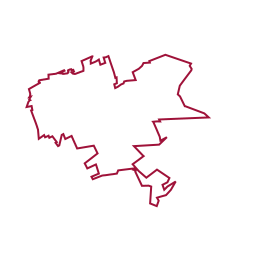 the district of San Pedro, Coahuila, Mexico, rotated 64°
{"feature_id": "50627088B25714720769629", "entity_name": "San Pedro", "entity_type": "district", "adm_level": 2, "iso_a3": "MEX", "parent_name": "Mexico", "parent_adm1": "Coahuila", "projection": "equal_earth", "projection_center": [-102.858, 26.125], "detail": "fine", "context": "isolated", "style": "outline", "palette": "rose", "viewbox_px": 256, "rotation_deg": 64, "n_neighbors": 0, "source": "geoboundaries", "source_scale": "gbopen_adm2", "svg_char_len": 4440}
<svg xmlns="http://www.w3.org/2000/svg" viewBox="0 0 256 256"><g transform="rotate(64 128 128)"><path d="M87.5,209.3L90.0,209.6L98.6,212.9L97.6,206.5L100.0,206.6L100.1,204.8L100.1,204.7L100.1,202.8L102.3,203.0L102.3,199.6L105.5,199.0L109.5,198.2L109.6,199.6L110.4,199.4L113.6,198.8L113.5,197.4L105.2,190.6L105.1,188.8L110.4,189.2L110.4,182.2L110.5,182.2L110.8,182.2L111.0,182.2L111.3,182.2L111.4,182.3L111.6,182.3L111.9,182.3L112.0,182.3L112.3,182.3L112.6,182.3L112.9,182.3L113.0,182.3L113.3,182.3L113.5,182.3L113.8,182.3L114.1,182.3L114.4,182.4L114.5,182.4L114.8,182.4L115.0,182.4L115.3,182.4L115.6,182.4L115.8,182.4L116.0,182.4L116.3,182.4L116.6,182.4L116.9,182.4L117.0,182.4L117.2,182.5L117.3,182.5L117.5,182.5L117.8,182.5L118.0,182.5L118.3,182.5L118.5,182.5L118.8,182.5L119.1,182.5L119.4,182.5L119.5,182.5L119.8,182.5L120.0,182.5L120.3,182.6L120.6,182.6L120.9,182.6L121.0,182.6L121.3,182.6L121.6,182.6L121.9,182.6L122.0,182.6L122.3,182.6L122.5,182.6L122.8,182.6L123.1,182.7L123.4,182.7L123.5,182.7L123.8,182.7L124.1,182.7L127.4,171.5L128.9,166.5L137.5,166.5L140.8,182.4L144.2,182.3L146.5,182.3L146.7,172.8L148.3,173.0L156.2,174.2L156.0,178.1L156.0,178.4L155.8,182.2L158.6,182.1L158.9,178.5L159.4,172.2L159.8,170.9L160.6,168.8L161.3,166.6L161.9,164.7L162.5,162.9L163.0,161.5L163.5,159.8L164.1,158.0L161.8,155.4L164.3,148.1L167.3,139.4L167.6,139.4L168.0,139.4L167.9,140.0L168.3,140.9L168.3,141.0L168.6,140.7L168.9,140.3L168.9,139.9L169.2,139.7L169.4,139.8L169.8,139.8L170.0,140.1L170.4,140.6L186.1,140.8L188.9,134.7L190.8,132.8L205.5,141.2L210.8,136.4L206.8,132.3L203.3,132.5L205.0,123.2L202.4,116.6L197.0,108.6L197.9,118.2L199.4,122.5L194.2,121.9L194.1,116.4L191.1,112.7L178.1,120.2L178.6,122.6L180.7,133.3L171.5,137.2L167.7,138.3L162.6,139.7L160.1,126.3L159.4,126.6L157.9,127.1L146.9,130.6L155.2,110.7L156.6,107.3L153.3,97.1L153.6,103.3L153.6,103.7L153.6,104.4L149.7,103.3L147.3,103.2L144.9,103.1L141.4,102.9L133.9,102.6L133.4,102.7L134.1,100.8L134.8,99.0L136.2,96.3L134.0,96.3L137.4,88.5L153.9,50.8L151.3,51.8L148.3,53.0L133.5,67.0L133.3,67.4L131.9,67.4L122.4,67.4L119.6,68.5L116.0,65.6L112.7,62.9L109.2,56.2L103.9,45.8L102.8,44.9L99.2,45.3L97.7,43.1L78.6,62.3L77.2,79.5L78.8,79.7L76.4,85.6L78.3,88.1L79.3,91.6L79.5,92.2L79.9,99.3L88.3,100.1L85.1,108.3L84.5,111.0L86.0,112.5L85.8,115.0L86.5,119.2L86.5,122.0L82.7,121.2L82.9,118.4L77.5,116.1L77.4,117.4L74.5,116.8L71.4,116.2L70.4,116.1L60.0,114.8L58.8,114.6L54.8,114.1L54.7,117.0L54.0,119.0L59.5,119.9L59.0,125.1L53.7,124.2L54.1,127.0L54.1,129.1L53.8,133.2L52.1,132.4L51.3,132.3L48.0,128.6L47.9,128.7L47.7,135.0L47.5,140.4L48.9,140.6L52.3,141.1L52.6,141.1L53.3,141.3L54.3,141.6L57.1,143.0L57.1,143.5L57.0,144.1L56.7,146.6L56.7,147.2L56.6,148.1L56.4,150.0L56.4,150.5L56.2,151.8L56.2,152.0L55.2,153.4L55.1,153.6L54.8,153.8L53.1,154.4L53.1,154.2L53.5,153.7L53.5,152.9L53.5,152.6L53.5,151.8L53.4,151.8L52.6,151.8L52.1,151.7L51.7,151.7L51.2,153.4L50.3,153.3L49.9,154.6L49.9,155.0L49.9,155.3L49.9,155.6L49.9,155.9L49.8,156.3L49.9,156.6L50.0,156.6L50.6,156.9L50.8,156.8L50.9,156.7L51.0,156.7L51.8,157.2L51.8,157.5L52.3,158.2L52.3,158.4L52.3,158.6L51.6,160.6L51.3,161.6L51.3,161.8L50.9,162.5L50.8,162.8L50.7,162.9L50.6,163.0L50.4,163.2L50.1,163.2L50.0,163.3L49.8,163.5L49.7,163.6L49.6,163.9L49.6,164.1L49.5,164.3L49.4,164.4L49.4,164.5L49.2,164.8L49.1,165.0L48.9,165.3L48.9,164.2L48.8,163.0L48.8,162.6L48.8,162.1L48.8,161.9L48.8,161.7L48.8,161.4L48.7,161.2L48.7,160.8L48.7,160.5L48.7,160.3L48.7,160.0L48.1,160.1L48.0,161.4L48.0,161.7L47.9,163.7L47.9,164.2L47.9,165.1L47.8,165.9L47.8,166.2L47.8,166.5L47.7,168.0L47.7,168.8L47.6,169.0L47.2,170.4L46.8,171.4L46.6,172.1L46.0,173.8L45.9,174.1L45.2,176.1L48.9,177.7L48.6,178.7L47.8,181.5L47.4,182.7L47.3,183.1L47.2,183.4L47.2,183.6L47.0,184.3L46.9,184.4L46.9,184.5L46.8,184.8L46.7,185.0L46.7,185.3L46.6,185.6L46.5,185.9L46.4,186.1L46.2,186.8L46.5,187.3L46.6,187.5L46.9,187.7L47.1,187.9L47.2,188.0L47.3,188.1L47.6,188.1L48.3,187.4L48.5,187.3L48.8,187.4L48.8,187.7L48.9,189.1L49.1,193.1L49.2,193.5L49.2,194.5L49.3,195.9L49.6,200.0L52.5,200.5L53.6,200.7L54.8,201.0L55.2,201.4L55.6,201.7L56.3,201.8L56.9,202.9L57.2,201.6L58.9,204.2L60.1,203.7L60.1,204.5L60.9,206.1L61.6,206.8L63.0,208.2L64.7,209.9L66.0,205.0L68.8,205.8L69.4,205.9L70.0,206.1L70.0,206.4L69.8,207.4L75.9,208.0L78.0,208.2L78.6,208.3L79.4,208.3L80.2,208.4L81.2,208.5L82.1,208.6L82.3,208.6L84.1,208.8L85.7,209.0L87.4,209.2L87.5,209.3Z" fill="none" stroke="#9f1239" stroke-width="2"/></g></svg>